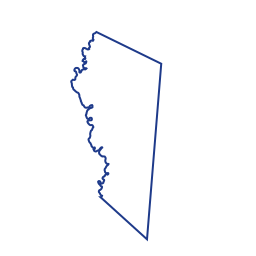 Puerto Alegría, Amazonas, Colombia (orthographic projection), rotated 42°
{"feature_id": "7082276B15256258741932", "entity_name": "Puerto Alegría", "entity_type": "district", "adm_level": 2, "iso_a3": "COL", "parent_name": "Colombia", "parent_adm1": "Amazonas", "projection": "orthographic", "projection_center": [-73.853, -0.95], "detail": "fine", "context": "isolated", "style": "outline", "palette": "blue", "viewbox_px": 256, "rotation_deg": 42, "n_neighbors": 0, "source": "geoboundaries", "source_scale": "gbopen_adm2", "svg_char_len": 5598}
<svg xmlns="http://www.w3.org/2000/svg" viewBox="0 0 256 256"><g transform="rotate(42 128 128)"><path d="M216.6,198.0L109.7,58.0L40.3,77.8L40.3,78.2L40.1,79.5L39.9,80.1L39.6,80.6L39.4,81.2L39.4,81.7L39.6,82.1L40.0,82.6L41.1,83.5L41.2,83.8L41.5,84.5L41.8,84.8L42.3,85.2L43.3,85.5L43.6,86.3L43.6,86.6L43.4,86.8L42.6,87.1L42.2,87.5L42.0,88.0L41.7,88.6L41.7,88.8L41.8,89.1L42.2,89.3L42.0,90.2L42.1,90.6L42.2,91.1L42.5,91.4L42.8,91.6L43.2,91.9L44.6,92.6L45.4,93.1L45.5,93.4L45.5,94.7L45.9,95.2L46.3,95.3L46.3,95.5L46.2,95.8L46.1,96.0L45.2,96.8L44.4,96.8L43.5,97.2L42.8,97.3L42.5,97.4L42.1,97.8L41.8,97.9L41.7,98.1L41.4,98.4L41.3,98.9L41.3,99.0L41.7,99.4L41.9,100.5L42.2,101.0L42.9,101.7L43.5,101.9L43.7,102.0L44.4,102.8L44.5,103.1L44.7,103.3L45.2,103.6L45.6,103.7L46.3,104.0L46.7,104.1L47.1,104.1L48.1,103.5L48.2,103.9L48.3,104.0L48.6,104.2L49.1,104.5L49.5,104.6L49.8,104.9L49.9,105.2L49.9,105.5L49.2,105.9L48.9,106.4L48.9,107.2L49.0,107.8L49.2,108.3L49.4,108.5L49.5,108.6L49.9,108.3L50.2,108.2L50.8,108.4L51.2,108.3L51.5,108.2L51.8,108.1L52.0,107.8L52.3,106.5L52.4,106.4L52.6,106.5L52.8,106.8L53.3,108.1L53.3,108.3L53.2,108.4L53.0,108.9L52.9,109.5L52.4,110.2L52.5,111.3L52.5,111.5L52.8,111.7L53.5,112.2L54.1,112.7L54.4,112.8L54.7,112.8L55.0,112.8L55.8,112.5L56.3,112.1L56.9,111.6L57.1,111.5L57.3,111.5L57.3,112.1L57.0,113.1L56.8,113.2L56.3,113.6L55.6,114.0L55.5,114.3L55.4,114.7L55.0,115.7L55.0,116.2L55.4,117.1L55.6,117.9L55.6,118.5L55.2,119.0L54.9,119.1L54.4,119.0L54.3,118.9L54.0,118.4L53.8,118.1L53.2,117.6L52.3,117.2L51.6,117.0L51.2,116.9L50.4,117.1L49.3,118.0L49.1,118.3L48.9,119.0L48.9,119.7L49.3,120.8L49.8,121.2L50.4,121.4L51.0,121.0L51.6,121.0L52.0,121.1L52.9,121.8L53.3,122.0L54.5,122.5L54.8,123.1L54.9,123.6L54.9,125.0L55.0,125.4L55.5,126.2L56.1,126.9L56.3,127.3L56.2,127.6L55.9,128.3L55.6,128.5L54.7,129.0L54.5,130.9L54.7,131.3L54.9,131.7L55.4,131.9L55.8,132.2L56.2,132.3L56.5,132.5L56.9,132.9L57.0,133.1L57.8,133.7L58.2,134.2L58.5,134.3L59.0,134.7L59.3,134.8L60.0,134.7L61.0,135.5L61.8,135.8L63.2,135.7L63.9,135.8L64.4,135.8L65.9,135.7L66.4,135.6L67.4,135.2L68.1,135.3L68.6,135.5L69.7,136.0L71.0,137.3L72.4,137.9L74.1,138.9L74.6,139.1L74.7,139.3L75.1,139.6L75.3,139.8L76.5,140.1L77.2,140.7L78.1,141.0L78.3,141.0L78.6,141.2L79.3,141.1L79.8,140.9L80.0,140.9L81.0,141.3L82.0,141.5L82.6,141.4L82.8,141.3L83.6,140.7L84.1,140.1L84.3,139.7L85.0,138.8L85.2,138.3L85.2,137.9L84.9,137.2L85.2,136.0L85.7,135.3L86.0,135.0L86.5,135.1L86.8,135.3L87.1,135.6L87.4,136.3L87.7,136.5L87.5,137.1L87.3,137.5L86.6,138.6L86.4,139.3L86.3,139.5L86.2,140.3L86.3,140.5L86.3,140.8L86.0,141.5L86.0,141.9L86.1,142.4L86.4,142.9L86.9,144.2L87.7,145.3L87.7,145.8L87.9,146.0L88.0,146.4L88.1,146.7L88.4,146.9L89.1,147.2L90.3,147.9L91.3,148.2L91.8,148.2L92.3,147.9L92.7,147.5L92.9,147.1L92.9,146.9L92.9,146.0L93.1,145.7L93.4,145.4L93.8,145.1L94.1,145.0L94.4,145.0L94.9,145.3L95.4,145.8L95.6,146.2L95.6,146.5L95.4,147.0L94.5,147.8L93.8,148.6L93.6,149.0L93.4,149.7L93.4,150.2L93.6,150.4L94.2,150.8L95.1,151.1L95.6,151.2L96.1,151.2L96.9,151.3L97.7,151.2L98.0,151.1L98.3,150.9L98.8,150.4L99.1,150.0L99.3,149.9L99.6,149.8L100.1,149.8L101.4,150.3L101.7,150.6L101.8,150.9L101.7,151.3L101.9,152.2L102.2,152.7L102.4,153.2L102.5,153.5L102.5,153.9L102.3,154.7L102.5,155.2L102.6,155.5L103.0,156.3L103.6,157.4L104.1,158.0L105.1,158.8L105.5,159.4L105.8,159.9L106.2,161.0L106.2,161.3L106.0,162.0L106.1,162.5L106.4,163.0L106.8,163.3L107.7,163.8L108.1,164.0L108.8,164.3L109.3,164.4L110.3,164.4L110.6,164.6L111.7,165.0L111.9,165.2L112.5,165.4L113.1,165.9L113.3,165.9L113.9,166.0L114.8,166.1L115.2,166.1L115.4,166.0L115.7,165.7L116.1,164.9L116.4,164.8L117.0,165.3L117.2,165.5L117.2,165.8L117.2,166.0L116.9,166.4L116.8,166.6L116.8,167.0L117.4,167.2L118.0,167.5L118.5,167.6L118.8,167.5L119.7,167.1L119.9,166.9L120.2,166.2L120.3,165.9L120.4,165.3L120.7,164.9L121.1,164.5L121.1,164.4L121.2,163.7L121.0,161.7L121.1,160.4L121.3,160.0L121.6,159.7L121.9,159.7L122.0,159.8L121.9,160.3L121.8,160.8L122.0,162.4L122.0,163.6L122.1,164.2L122.3,164.6L122.9,165.6L123.2,165.9L123.9,166.4L124.3,166.4L124.7,166.4L125.8,166.6L126.6,166.6L126.9,166.5L127.2,166.4L127.9,166.4L128.1,166.2L128.3,165.9L128.6,165.7L129.1,165.2L129.7,164.9L129.9,164.8L130.2,164.9L130.9,165.0L131.6,165.4L132.1,166.0L132.6,167.0L133.0,167.5L133.4,167.9L134.4,168.5L135.5,168.7L136.3,168.7L137.0,168.2L137.5,167.8L137.8,168.1L137.8,169.1L137.7,169.5L137.6,170.3L137.6,171.1L138.0,172.3L138.1,173.2L138.2,174.1L138.6,174.7L139.1,175.2L139.7,175.5L140.2,175.9L140.5,176.1L140.9,176.2L142.0,176.1L142.4,175.9L142.6,175.8L142.9,175.4L143.1,175.0L143.5,174.8L143.9,175.0L144.1,175.3L144.1,175.7L144.0,175.8L144.0,176.3L143.4,176.6L143.2,176.7L142.7,176.9L142.5,177.4L142.5,178.3L142.8,179.0L142.8,179.7L142.6,179.8L142.6,180.1L142.3,181.1L142.3,181.4L142.4,181.9L142.8,182.5L143.3,182.7L143.9,182.7L144.7,182.5L144.9,182.5L145.2,182.7L145.5,183.2L145.6,183.6L145.9,184.5L146.3,185.2L146.3,185.5L146.2,185.9L145.9,186.5L145.7,186.6L145.4,187.1L144.7,187.2L144.4,187.1L143.5,186.5L143.0,186.4L142.8,186.4L142.5,186.5L142.1,186.7L141.8,187.0L141.7,187.6L141.8,188.0L142.1,188.2L142.4,188.4L143.3,188.8L143.6,188.9L144.4,189.0L145.3,188.9L145.6,188.9L145.7,189.1L145.8,189.2L146.6,189.3L147.1,189.3L147.5,189.0L147.9,189.0L148.2,189.2L148.4,189.5L148.5,189.8L148.8,190.5L148.9,191.0L148.9,191.5L148.8,192.5L148.4,193.3L148.4,193.6L148.5,194.2L148.8,194.6L149.0,194.9L149.4,195.1L151.0,195.4L151.1,195.5L151.5,195.7L152.1,195.9L152.8,196.0L153.3,196.0L153.7,195.8L154.0,195.7L154.3,196.4L154.4,197.1L154.2,197.5L153.9,197.8L216.6,198.0Z" fill="none" stroke="#1e3a8a" stroke-width="2"/></g></svg>